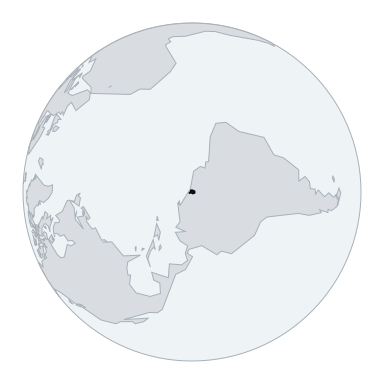 Upper Demerara-Berbice highlighted on a globe, orthographic projection, rotated 264°
{"feature_id": "GUY-673", "entity_name": "Upper Demerara-Berbice", "entity_type": "Region", "adm_level": 1, "iso_a3": "GUY", "parent_name": "Guyana", "parent_adm1": "", "projection": "orthographic", "projection_center": [-58.308, 5.539], "detail": "fine", "context": "on_globe", "style": "filled", "palette": "ink", "viewbox_px": 384, "rotation_deg": 264, "n_neighbors": 0, "source": "natural_earth", "source_scale": "10m", "svg_char_len": 8335}
<svg xmlns="http://www.w3.org/2000/svg" viewBox="0 0 384 384"><g transform="rotate(264 192 192)"><circle cx="192" cy="192" r="169" fill="#eef3f6" stroke="#a8b0b8"/><path d="M104.4,47.5L105.8,46.7L120.1,39.1L134.9,33.0L138.6,31.9L132.5,36.3L139.0,35.4L141.8,40.7L145.0,39.2L148.1,41.0L152.9,40.1L152.0,41.8L156.6,39.6L156.4,38.2L158.4,36.9L161.2,36.4L160.6,38.4L159.1,39.0L160.4,39.3L158.9,40.6L161.3,39.7L160.2,42.5L165.4,39.1L168.1,40.8L166.2,42.9L161.0,43.5L143.8,51.5L140.3,54.7L140.7,58.2L152.8,62.5L151.2,66.1L153.0,70.4L156.4,67.8L156.2,63.6L162.8,60.3L161.8,56.1L164.3,54.3L165.4,50.2L171.1,50.2L176.0,52.6L175.4,56.2L177.6,57.5L182.9,53.9L186.3,61.0L196.5,67.0L196.7,69.2L188.7,73.1L176.8,73.1L166.4,80.2L179.0,75.2L179.5,81.8L182.0,82.9L185.4,82.6L187.6,80.1L188.9,82.5L177.0,87.9L175.5,85.7L179.3,83.9L173.7,84.2L165.6,88.7L166.5,92.2L153.4,97.1L153.8,99.8L151.2,102.7L151.4,97.9L150.8,106.9L135.6,117.1L134.6,134.1L129.2,120.8L123.4,119.3L116.1,119.6L115.8,122.3L106.7,120.2L97.5,125.9L92.5,139.4L94.4,150.0L104.7,150.5L108.5,144.7L116.4,143.5L109.2,159.5L122.9,162.0L120.6,174.1L124.4,180.4L131.6,178.9L138.9,182.0L144.6,175.0L153.6,171.3L153.4,181.2L158.7,172.2L163.5,177.0L181.7,176.7L180.2,179.0L195.4,190.7L212.5,195.8L216.5,203.0L214.4,207.5L220.4,208.8L220.5,211.7L245.1,215.9L257.9,223.0L257.7,233.1L247.3,245.0L238.8,269.3L220.4,277.3L216.3,286.8L202.9,300.4L191.7,299.4L195.6,306.0L189.9,309.9L182.8,310.1L182.1,314.7L176.9,314.7L180.8,317.7L173.5,323.3L176.9,328.0L171.9,332.3L174.4,335.0L172.0,334.8L169.9,335.7L170.1,337.2L162.4,334.6L158.8,328.6L160.6,325.6L157.4,325.0L160.9,317.0L158.0,318.6L156.5,306.1L159.6,295.6L159.3,263.9L155.3,257.3L142.3,249.6L126.5,224.9L130.2,215.0L127.0,210.2L137.6,196.1L135.2,182.8L131.5,180.9L127.6,185.8L115.5,177.3L111.8,167.2L78.2,150.1L75.5,145.0L76.7,137.0L72.3,111.0L71.1,135.2L68.1,130.4L66.9,121.7L69.2,119.6L70.6,107.3L68.9,102.7L74.2,88.2L88.8,71.0L88.4,73.6L91.9,69.7L92.7,66.4L92.3,65.3L105.5,51.3L109.8,45.2L105.5,47.1L110.9,44.2L101.4,49.4L104.4,47.5ZM133.0,139.9L148.7,148.4L139.1,149.3L141.0,147.8L137.2,144.3L129.9,141.1L121.6,142.8L133.0,139.9ZM141.5,130.5L138.8,129.8L141.6,129.8L141.5,130.5ZM91.6,65.3L92.3,66.6L90.4,70.6L89.3,69.6L91.6,65.3ZM95.8,58.7L97.1,58.5L93.0,62.1L93.5,61.1L95.8,58.7ZM101.7,49.3L100.5,50.0L101.7,49.3ZM162.2,50.6L163.8,50.4L162.8,51.2L162.2,50.6ZM161.2,49.1L159.0,50.2L158.1,49.7L159.6,49.0L161.2,49.1ZM164.2,47.9L157.0,48.7L155.6,47.8L159.9,44.6L164.2,47.9ZM155.2,38.1L155.5,39.5L152.6,38.9L155.2,38.1ZM152.9,38.0L141.4,38.9L142.4,36.9L146.0,36.8L145.2,35.0L151.4,33.5L153.2,34.2L151.3,35.7L155.1,34.0L152.9,38.0ZM159.0,36.4L156.6,36.6L157.2,34.8L162.2,34.1L160.4,34.9L159.0,36.4ZM142.0,35.4L143.4,34.1L148.8,32.5L150.0,31.9L151.6,33.3L142.0,35.4ZM161.7,35.0L164.7,33.8L167.0,34.3L161.4,36.1L161.7,35.0ZM155.3,34.7L155.9,33.9L157.2,34.0L155.3,34.7ZM176.6,35.9L173.7,35.8L173.8,34.8L176.6,35.9ZM165.7,33.4L164.9,33.2L164.6,32.9L167.1,32.3L165.7,33.4ZM155.3,32.2L157.2,31.9L154.9,31.5L158.8,30.6L159.2,31.8L160.7,30.9L161.9,30.6L160.8,32.0L155.3,32.2ZM168.7,30.9L170.4,32.6L175.8,32.7L175.9,33.6L167.2,33.2L168.7,30.9ZM164.1,31.3L167.0,31.2L165.6,32.1L162.8,32.8L164.1,31.3ZM161.4,29.6L155.3,30.7L155.4,30.4L161.4,29.6ZM170.5,30.7L170.0,30.3L171.0,30.6L170.5,30.7ZM164.5,29.6L162.3,30.0L162.5,29.6L164.5,29.6ZM170.9,29.4L171.5,29.9L169.6,30.3L170.9,29.4ZM168.2,29.3L169.0,28.8L168.6,30.1L167.2,29.5L168.2,29.3ZM165.0,29.3L164.5,29.2L165.9,29.2L165.0,29.3ZM177.6,27.8L177.6,29.4L173.5,30.2L174.1,28.5L177.6,27.8ZM175.7,339.9L163.3,335.5L170.0,337.5L173.6,335.4L180.5,338.6L175.7,339.9ZM186.7,334.3L191.6,333.1L193.0,333.8L190.0,334.9L186.7,334.3ZM327.2,90.6L327.2,92.5L321.8,86.3L317.5,79.0L317.3,78.6L327.2,90.6ZM311.0,72.1L310.5,71.6L309.0,70.1L311.0,72.1ZM306.8,68.0L308.6,69.8L310.8,71.9L312.7,74.0L310.8,72.3L309.2,70.5L308.1,70.0L316.1,79.1L319.2,82.2L319.3,85.3L324.6,91.0L326.2,94.3L318.0,86.0L315.3,82.6L303.8,75.2L306.7,78.8L317.7,86.4L316.3,86.1L320.3,92.0L316.2,87.3L303.3,78.9L300.4,82.8L304.6,98.8L301.1,101.2L294.6,99.6L285.1,85.1L293.8,81.5L290.5,77.1L281.9,72.1L285.3,71.7L282.9,69.4L285.5,68.2L282.4,62.0L284.1,60.6L276.4,54.3L276.2,52.9L280.8,56.9L284.8,59.3L288.1,57.2L286.9,55.6L281.6,51.8L283.2,52.1L277.6,48.8L276.3,46.7L273.3,46.8L267.0,43.2L262.7,40.2L260.1,39.3L267.1,44.3L270.4,46.4L274.1,48.1L282.7,54.9L282.9,56.6L271.9,50.2L271.1,52.2L262.9,47.0L248.9,35.4L246.4,33.1L255.9,35.7L260.3,37.6L259.0,37.5L266.1,40.4L262.7,38.8L264.0,39.2L258.3,36.6L259.0,36.9L252.4,34.2L252.6,34.3L264.4,39.3L275.8,45.3L286.7,52.0L297.0,59.6L306.8,68.0ZM340.9,112.2L340.6,111.7L340.9,112.2ZM338.6,108.0L338.5,107.7L341.6,113.4L338.5,108.1L343.1,116.5L348.3,127.8L352.6,139.5L356.0,151.5L358.6,163.7L360.2,176.0L360.9,188.5L360.7,200.9L359.6,213.3L357.6,225.6L354.7,237.7L350.8,249.6L346.2,261.1L340.7,272.3L334.4,283.0L331.4,287.3L328.1,289.5L331.9,283.5L336.2,272.7L344.0,245.6L349.1,232.0L350.5,222.1L347.6,201.6L348.5,189.1L346.8,184.4L343.7,186.6L341.2,181.1L338.9,181.5L321.7,189.6L313.9,183.0L298.5,161.2L299.8,151.2L295.5,140.7L300.6,101.8L306.7,102.6L316.4,94.9L318.5,95.6L322.8,103.4L334.4,110.3L331.7,103.2L336.9,106.4L336.8,105.0L329.2,93.3L338.6,108.0ZM304.8,120.1L306.0,123.3L304.8,120.1ZM182.2,176.6L184.4,178.5L181.4,178.6L182.2,176.6ZM137.4,153.3L140.9,153.6L142.6,155.1L139.9,155.6L137.4,153.3ZM167.5,153.9L171.7,154.8L167.2,155.5L167.5,153.9ZM151.2,149.5L164.2,153.5L155.5,156.3L147.4,153.9L153.2,153.2L151.2,149.5ZM139.2,136.0L141.3,136.7L140.4,138.5L139.2,136.0ZM143.6,130.5L142.7,130.7L141.8,129.2L143.6,130.5ZM180.2,81.4L181.2,81.1L184.5,81.3L182.7,82.4L180.2,81.4ZM200.8,76.8L202.6,80.8L200.1,78.5L197.9,80.4L189.8,78.2L196.5,70.3L194.9,74.0L200.8,76.8ZM180.9,73.7L185.3,75.5L180.2,73.9L180.9,73.7ZM266.8,59.9L269.9,60.7L272.1,63.4L270.0,66.5L266.7,62.5L266.8,59.9ZM273.7,61.4L263.4,55.0L264.3,53.2L265.6,55.2L267.2,54.7L269.6,57.8L280.6,63.1L283.3,65.9L277.9,69.2L278.2,66.4L275.1,65.5L273.7,61.4ZM235.5,46.0L231.0,44.4L238.7,42.5L242.0,44.3L240.1,47.1L235.1,46.7L235.5,46.0ZM173.2,42.7L170.9,43.1L171.1,42.4L173.1,41.5L173.2,42.7ZM175.3,36.0L183.0,40.5L180.8,41.1L187.9,43.8L185.0,46.4L180.5,44.5L183.6,48.9L178.4,48.3L181.1,51.2L171.4,46.7L166.9,46.7L173.1,45.5L175.8,43.0L175.7,41.9L171.8,39.0L163.4,38.3L164.8,36.1L168.0,34.7L170.2,34.5L168.6,35.9L172.8,34.7L172.1,36.6L175.3,36.0ZM205.0,26.8L202.2,27.4L210.4,27.5L209.9,28.5L210.8,28.4L212.6,29.5L216.4,31.0L215.3,31.4L217.3,31.8L218.4,32.8L220.7,33.5L219.7,34.8L222.4,35.9L220.3,35.9L225.3,37.7L221.1,37.0L222.2,38.4L225.7,38.3L214.3,45.4L212.7,49.8L213.7,54.1L206.4,52.9L200.7,48.5L197.0,43.3L199.5,39.6L195.7,40.0L195.8,38.5L198.8,38.8L194.3,37.5L195.2,36.4L191.8,33.3L184.8,32.6L183.4,31.7L186.6,31.4L182.9,30.7L188.0,29.7L187.1,29.1L191.2,27.7L197.8,27.9L196.3,27.3L199.4,26.5L205.0,26.8ZM178.9,27.4L187.0,26.9L190.7,27.3L182.0,29.6L182.1,30.3L176.7,32.3L171.5,31.8L173.6,31.2L174.3,30.5L175.6,30.9L175.2,30.1L177.9,29.4L178.3,28.7L180.8,28.6L178.9,27.4ZM317.6,92.4L318.6,92.3L319.5,91.5L322.0,95.4L317.6,92.4ZM309.0,86.7L309.4,85.9L313.4,90.5L312.3,90.8L309.0,86.7ZM306.3,81.8L309.2,85.5L307.0,83.7L306.3,81.8ZM280.8,56.2L280.9,55.4L282.2,56.2L283.7,57.7L280.8,56.2ZM229.3,29.2L227.1,29.0L226.3,28.7L220.3,27.6L220.2,27.1L223.9,27.5L229.3,29.2ZM329.1,93.3L331.1,96.3L330.2,95.2L329.7,94.3L329.1,93.3ZM327.9,95.7L329.8,96.8L328.5,96.8L327.9,95.7ZM228.3,28.4L225.8,28.0L227.3,28.0L228.3,28.4ZM219.9,26.7L221.1,26.6L219.5,26.9L219.9,26.7ZM217.7,25.1L220.2,25.6L218.9,25.5L217.7,25.1Z" fill="#d9dde1" stroke="#a8b0b8" stroke-width="1"/><path d="M191.1,189.4L191.3,189.3L191.4,189.6L191.5,189.6L191.7,189.8L191.8,189.9L191.8,190.0L191.8,190.3L192.0,190.3L192.3,190.3L192.5,190.4L192.6,190.5L192.8,190.8L193.0,190.8L193.2,191.0L193.3,191.0L193.5,191.1L193.8,191.0L194.0,191.3L194.0,191.5L193.8,192.2L193.8,192.5L193.7,192.7L193.6,192.9L193.5,193.1L193.4,193.2L193.3,193.5L193.0,193.9L192.9,194.0L192.8,194.3L192.7,194.6L192.1,194.7L191.8,194.7L191.4,194.7L191.2,194.7L190.9,194.6L190.8,194.3L190.7,194.3L190.5,193.9L190.4,193.7L190.5,193.1L190.5,192.9L190.4,192.8L190.3,192.6L190.4,192.4L190.5,192.4L190.8,192.3L190.9,192.2L191.0,192.1L191.1,191.9L191.1,191.5L191.1,191.4L191.1,191.2L191.2,190.9L191.2,190.6L191.2,190.4L191.2,190.0L191.2,189.9L191.2,189.6L191.1,189.4L191.1,189.4Z" fill="#0f172a" stroke="#020617" stroke-width="1.5"/></g></svg>